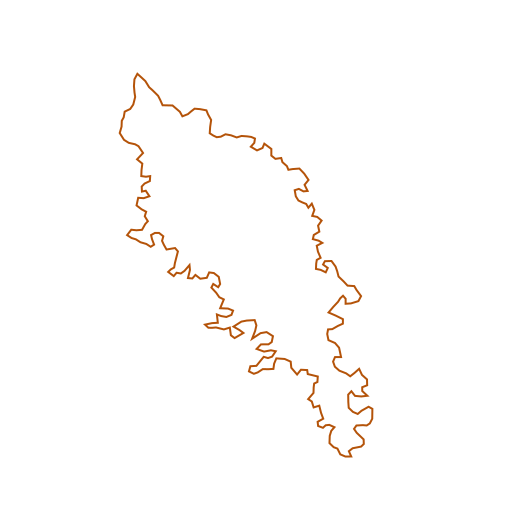 Virmond, Paraná, Brazil (Albers equal-area conic projection), rotated 322°
{"feature_id": "56859067B61637910549473", "entity_name": "Virmond", "entity_type": "district", "adm_level": 2, "iso_a3": "BRA", "parent_name": "Brazil", "parent_adm1": "Paraná", "projection": "albers", "projection_center": [-52.245, -25.42], "detail": "fine", "context": "isolated", "style": "outline", "palette": "amber", "viewbox_px": 512, "rotation_deg": 322, "n_neighbors": 0, "source": "geoboundaries", "source_scale": "gbopen_adm2", "svg_char_len": 3826}
<svg xmlns="http://www.w3.org/2000/svg" viewBox="0 0 512 512"><g transform="rotate(322 256 256)"><path d="M309.9,335.7L309.4,329.9L308.4,323.0L310.6,318.0L312.2,313.3L312.4,306.4L307.1,302.5L303.6,304.0L305.2,309.6L300.9,311.8L298.4,306.7L295.3,303.1L298.8,299.0L301.5,296.5L305.8,297.2L307.5,290.7L310.2,285.3L316.3,286.5L314.8,282.5L311.2,277.7L314.5,275.0L320.9,275.8L323.6,270.3L329.5,268.5L328.3,262.9L325.0,259.0L330.4,255.6L332.2,249.1L327.0,250.2L327.6,245.9L325.5,242.3L323.6,238.4L324.1,233.5L327.0,228.0L331.1,229.5L333.2,234.3L336.7,236.5L338.1,229.8L344.2,228.4L344.7,220.8L344.0,213.8L338.3,210.0L334.6,208.0L335.7,204.2L334.6,198.3L336.2,194.3L331.1,191.4L329.9,186.3L334.0,181.1L331.7,172.6L327.6,174.9L321.8,173.4L319.2,166.7L324.3,165.8L327.5,162.8L325.5,159.2L322.8,156.4L318.5,152.5L313.8,150.7L310.6,145.5L306.9,141.3L301.7,140.3L298.2,138.2L296.5,134.8L295.1,130.8L299.4,126.0L304.4,121.2L305.4,114.8L306.6,110.7L302.3,105.8L298.3,102.1L293.8,102.1L289.7,102.3L284.0,100.6L284.8,95.5L282.9,86.0L275.2,79.7L276.6,74.1L277.5,69.5L276.5,61.7L275.7,57.3L276.5,50.0L274.7,39.4L269.0,41.9L264.4,47.0L260.9,52.4L258.7,56.3L252.5,61.1L247.4,62.7L241.4,61.4L237.1,65.3L233.5,66.8L229.7,71.3L224.3,75.2L223.5,83.2L225.4,88.5L229.5,93.5L231.0,97.1L230.4,105.3L221.8,106.6L223.3,113.2L218.7,117.8L214.8,122.4L218.1,125.8L221.8,127.9L218.5,131.6L212.8,130.3L208.7,130.9L205.8,135.0L209.3,136.7L208.8,143.3L203.1,141.3L199.0,137.6L193.0,142.6L194.6,148.8L196.7,153.5L192.8,156.2L192.2,162.0L188.5,162.6L182.3,165.2L177.6,162.1L173.9,158.5L167.3,160.2L169.0,165.2L171.6,168.9L173.4,174.0L177.0,179.0L178.7,183.9L182.7,184.3L184.4,178.8L186.2,174.9L190.6,175.6L193.8,178.1L195.1,183.4L191.3,186.2L190.3,190.4L189.5,195.8L197.1,199.9L197.3,204.3L187.8,211.6L184.4,214.7L180.6,214.1L177.0,214.5L178.8,221.2L183.1,220.3L186.0,223.5L190.5,223.7L198.0,222.2L195.4,226.3L188.8,231.5L192.0,234.5L196.6,233.6L198.1,239.6L203.8,242.9L209.0,240.1L212.3,243.5L213.8,249.5L210.5,256.0L207.0,257.3L205.1,251.7L201.4,253.4L202.0,260.5L201.7,265.9L203.9,270.4L195.6,275.1L201.6,280.2L204.3,284.9L200.4,287.3L195.1,285.8L191.5,281.8L189.2,278.0L184.8,285.1L180.0,281.8L173.6,278.7L174.3,283.2L177.1,285.5L180.5,287.7L185.5,294.1L191.3,296.3L187.4,303.0L188.6,307.5L198.7,308.9L197.4,304.2L194.8,297.8L204.1,298.7L209.0,301.2L215.5,305.7L213.6,310.9L209.2,314.5L202.0,318.8L212.1,319.6L217.5,322.5L220.0,329.6L215.4,333.5L211.5,333.3L205.5,328.7L199.3,329.6L203.5,336.3L209.7,339.5L212.9,343.2L206.7,345.2L202.6,343.8L200.0,340.2L188.7,342.8L183.7,339.4L179.4,342.6L181.8,347.5L185.7,348.8L191.7,349.3L195.9,352.7L200.2,355.7L204.0,352.0L209.0,349.2L215.2,354.8L218.3,360.6L215.0,365.8L215.4,374.7L221.4,373.3L226.1,377.4L224.1,380.9L230.5,389.0L226.8,393.1L223.3,392.3L220.5,395.1L217.0,399.3L209.0,400.9L210.4,405.0L208.2,410.8L213.7,412.9L210.7,419.6L208.8,425.6L202.5,424.6L200.3,428.2L203.0,432.6L206.7,432.3L209.8,434.2L212.4,439.2L207.7,440.1L203.4,443.1L198.7,448.7L199.5,454.5L201.6,457.9L200.3,464.2L203.0,469.1L207.6,472.6L209.0,467.0L213.8,467.0L221.5,470.9L225.2,470.5L227.9,466.8L226.5,457.3L226.8,452.6L230.8,451.4L236.1,455.1L238.9,457.7L242.6,458.0L247.4,455.8L253.6,448.1L251.9,444.1L243.9,442.9L238.9,443.1L236.4,438.5L235.6,432.7L238.9,427.8L243.3,422.0L247.9,421.3L247.9,427.2L252.5,431.5L257.7,434.7L256.6,427.8L258.9,424.8L264.0,426.3L267.5,421.6L266.3,414.9L267.8,408.4L261.6,408.8L256.2,408.8L254.8,404.0L251.1,397.7L250.0,391.8L251.7,386.7L256.0,384.3L260.8,388.0L263.2,383.1L265.0,379.4L264.7,373.2L261.3,366.9L264.1,361.3L267.6,358.2L271.1,360.6L277.4,361.5L282.8,362.8L285.6,359.3L282.1,352.0L278.4,345.2L285.5,343.7L292.5,342.6L296.3,341.2L300.1,340.9L300.3,344.9L297.2,348.8L301.6,351.8L308.9,354.6L314.1,352.3L314.3,344.7L314.9,340.2L309.9,335.7Z" fill="none" stroke="#b45309" stroke-width="2"/></g></svg>